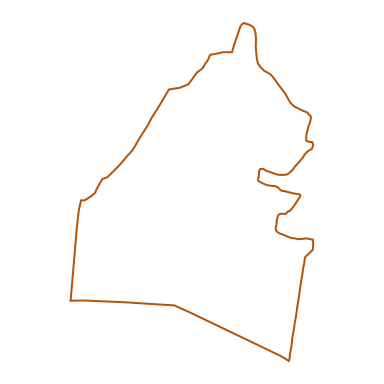 outline of Badra, Wasit, Iraq
{"feature_id": "34846034B90360229888797", "entity_name": "Badra", "entity_type": "district", "adm_level": 2, "iso_a3": "IRQ", "parent_name": "Iraq", "parent_adm1": "Wasit", "projection": "mercator", "projection_center": [46.047, 33.067], "detail": "fine", "context": "isolated", "style": "outline", "palette": "amber", "viewbox_px": 384, "rotation_deg": 0, "n_neighbors": 0, "source": "geoboundaries", "source_scale": "gbopen_adm2", "svg_char_len": 2772}
<svg xmlns="http://www.w3.org/2000/svg" viewBox="0 0 384 384"><path d="M312.9,239.7L311.6,239.4L306.3,238.4L302.2,238.9L297.7,239.2L296.3,238.7L293.8,238.2L291.8,238.2L289.1,237.2L286.0,236.0L282.2,234.3L279.3,233.3L277.5,232.1L275.8,229.9L275.8,226.7L276.4,224.8L276.6,223.6L276.6,221.6L277.2,218.4L277.7,216.5L278.5,214.8L280.1,213.8L281.5,213.8L283.8,213.8L286.0,213.8L287.1,212.3L287.7,211.6L289.9,210.9L291.8,208.7L294.6,205.0L297.5,200.6L299.1,197.9L300.2,196.5L300.2,194.8L299.1,194.3L297.1,194.0L294.4,193.6L290.3,192.6L285.6,191.4L284.0,191.1L282.0,190.9L279.9,189.4L277.7,187.2L276.4,186.7L275.0,186.2L273.2,186.0L270.5,185.7L268.0,185.3L266.0,184.8L263.8,183.8L260.7,182.3L258.6,181.1L258.0,179.9L258.2,177.9L258.7,176.7L259.0,175.7L259.0,174.0L259.0,171.8L259.5,170.1L260.3,169.1L261.5,168.9L263.3,168.9L264.8,169.9L266.4,170.9L268.9,171.6L273.6,173.3L277.0,174.5L281.3,175.0L284.0,174.8L286.9,174.5L289.3,172.8L292.6,169.9L295.0,166.5L297.9,163.3L299.3,161.8L303.4,156.9L303.8,156.0L304.4,154.7L305.9,153.3L307.7,151.3L311.8,148.9L313.2,145.4L312.6,143.0L312.0,142.0L310.0,142.0L306.9,141.1L306.3,140.6L306.1,138.9L306.5,134.2L308.7,125.4L309.6,123.9L310.6,119.8L310.8,118.1L310.8,116.4L308.9,114.4L307.1,112.4L304.9,111.5L303.4,111.0L298.3,108.5L294.0,106.3L290.3,102.7L288.3,99.2L285.6,94.1L279.3,85.8L274.0,78.4L270.5,74.3L269.1,73.5L264.2,70.8L260.1,66.7L257.8,63.0L256.8,58.4L256.2,52.0L255.8,48.1L255.8,45.6L255.8,44.8L255.8,43.9L256.0,40.2L255.8,36.6L255.4,32.4L254.6,29.7L253.7,28.0L252.7,26.7L249.2,24.6L246.6,24.0L244.0,23.0L242.0,24.2L240.3,26.6L234.2,44.8L232.0,52.2L222.9,52.2L218.5,53.3L210.1,54.8L207.7,60.4L205.5,63.3L202.8,68.0L201.1,69.5L197.1,72.4L193.0,78.0L188.5,84.2L184.4,85.9L181.4,87.1L179.0,88.0L176.0,88.3L168.9,89.5L165.7,95.0L157.1,109.4L151.7,117.7L147.8,125.3L139.5,138.2L135.0,146.1L132.3,150.5L126.9,156.4L121.3,163.1L116.9,167.8L109.8,174.8L109.2,175.4L106.8,177.5L102.4,178.9L98.7,185.4L95.8,190.9L95.3,192.7L91.1,196.2L84.7,200.3L81.1,200.3L79.0,209.1L77.1,224.7L70.6,300.7L76.5,300.6L83.7,300.5L123.5,302.2L153.4,304.1L174.3,305.4L189.8,312.4L280.3,355.8L282.3,357.0L285.0,358.5L287.4,360.1L288.8,361.0L289.1,360.0L289.7,358.0L289.8,357.3L289.7,355.3L290.0,354.0L290.2,353.1L290.5,351.1L291.2,347.6L292.0,341.8L292.2,338.7L293.1,333.6L294.2,327.0L294.9,322.0L295.9,317.1L296.5,312.3L296.9,310.1L297.3,306.6L298.1,302.4L298.5,299.1L299.0,296.6L299.4,293.6L300.1,288.1L300.6,285.2L301.0,282.0L301.7,278.4L302.2,274.9L302.7,271.6L303.5,266.7L303.8,264.9L304.3,263.1L304.5,261.1L304.7,259.3L304.9,258.3L304.9,257.5L305.5,256.6L307.3,255.0L309.7,252.9L310.7,251.9L312.4,250.2L313.0,249.3L313.0,249.1L313.0,247.4L313.1,245.4L313.4,243.0L312.9,241.7L312.9,240.5L312.9,239.7Z" fill="none" stroke="#b45309" stroke-width="2"/></svg>